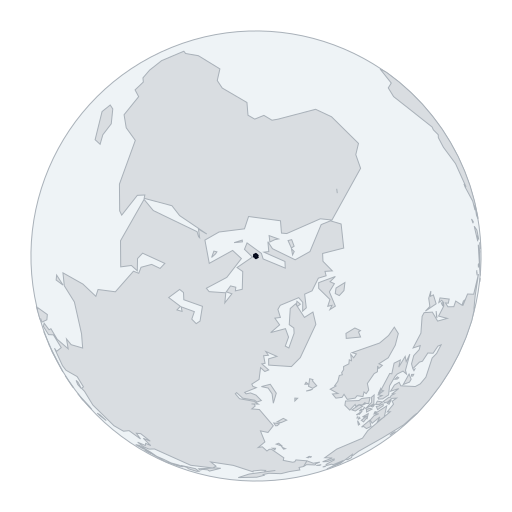 the Earth from above Dytiki Makedonia, rotated 158°
{"feature_id": "GRC-2892", "entity_name": "Dytiki Makedonia", "entity_type": "Region", "adm_level": 1, "iso_a3": "GRC", "parent_name": "Greece", "parent_adm1": "", "projection": "orthographic", "projection_center": [21.4, 40.362], "detail": "fine", "context": "on_globe", "style": "filled", "palette": "ink", "viewbox_px": 512, "rotation_deg": 158, "n_neighbors": 0, "source": "natural_earth", "source_scale": "10m", "svg_char_len": 11264}
<svg xmlns="http://www.w3.org/2000/svg" viewBox="0 0 512 512"><g transform="rotate(158 256 256)"><circle cx="256" cy="256" r="225" fill="#eef3f6" stroke="#a8b0b8"/><path d="M165.6,49.6L172.2,47.3L165.8,49.9L169.6,48.8L177.9,45.7L182.4,44.1L206.6,40.1L234.2,36.5L242.2,34.4L241.0,36.0L255.6,32.1L270.1,32.0L254.2,32.9L252.8,33.7L262.9,33.6L263.7,34.6L269.0,35.3L269.1,36.5L259.8,37.6L259.6,38.6L266.8,38.6L271.3,40.3L260.9,40.1L267.8,43.2L253.5,46.7L225.5,47.2L217.8,52.2L189.9,61.3L192.8,62.3L184.0,67.1L184.1,70.3L178.9,71.6L183.4,73.1L188.2,71.4L191.8,71.6L192.2,73.5L185.7,75.2L184.5,74.6L182.8,76.1L179.3,76.3L181.3,77.3L173.3,79.6L181.9,80.2L176.0,84.5L170.6,85.3L170.4,81.4L157.2,75.3L151.6,75.9L143.9,80.0L130.9,95.4L125.0,98.0L117.6,104.3L121.1,104.3L128.2,99.5L133.0,101.7L141.1,96.1L144.2,96.4L152.8,92.8L152.2,97.7L147.0,104.6L139.8,108.0L137.3,111.4L144.8,111.9L132.0,122.7L124.6,137.8L121.3,140.5L113.5,137.9L112.0,127.6L102.0,126.5L109.2,131.9L100.6,139.3L99.5,142.7L100.4,145.3L103.9,144.4L101.1,148.2L93.0,143.7L95.4,140.2L97.9,141.5L97.1,137.0L91.6,134.9L87.7,139.4L83.4,133.2L80.6,136.5L78.1,137.3L82.9,132.4L74.1,141.5L68.5,139.0L56.5,155.9L67.5,137.4L71.0,130.7L74.1,124.6L72.1,127.1L79.0,116.9L79.9,115.5L91.8,101.8L104.8,89.0L118.7,77.4L133.6,66.9L149.3,57.6L165.6,49.6ZM58.2,148.2L57.2,150.0L56.4,151.5L58.2,148.2ZM35.7,209.1L36.3,207.3L36.3,211.2L33.9,221.2L35.8,216.5L34.5,225.6L36.2,240.9L35.4,241.9L36.4,266.9L41.5,286.6L42.6,297.4L41.6,300.2L44.3,306.6L44.4,309.6L58.5,334.4L68.7,352.2L70.4,362.3L65.8,365.7L70.9,382.9L66.2,377.4L58.1,363.7L51.0,349.4L44.9,334.7L39.9,319.5L35.9,304.1L33.1,288.4L31.3,272.5L30.7,256.6L31.2,240.7L32.9,224.8L35.7,209.1ZM53.3,160.7L45.7,183.2L46.8,175.9L47.2,176.0L49.8,169.0L53.6,159.2L55.4,153.8L53.3,160.7ZM57.1,158.3L58.2,155.2L57.6,157.6L57.1,158.3ZM184.2,43.3L177.9,45.6L170.2,48.3L175.3,46.2L184.2,43.3ZM199.1,39.6L196.4,40.6L192.4,41.0L195.2,40.3L199.1,39.6ZM247.7,33.0L242.4,33.4L247.3,32.8L247.7,33.0ZM269.7,35.2L271.0,34.9L273.2,35.4L269.7,35.2ZM152.5,90.5L152.6,91.6L151.0,91.7L152.5,90.5ZM156.1,87.9L154.1,87.2L155.6,85.9L156.8,86.4L156.1,87.9ZM275.4,38.0L278.6,39.2L273.7,38.1L275.4,38.0ZM158.3,89.2L158.3,83.7L160.9,81.6L167.6,81.7L158.3,89.2ZM279.4,40.1L287.3,43.6L290.8,43.0L285.5,47.0L280.5,42.4L274.0,41.0L278.5,41.0L279.4,40.1ZM189.5,70.1L184.4,72.0L188.2,68.7L189.5,70.1ZM191.0,68.0L197.4,58.7L205.1,57.2L201.4,60.4L211.0,57.4L211.5,61.1L206.4,63.7L201.3,63.8L205.4,65.2L191.0,68.0ZM281.3,49.0L281.9,50.1L279.5,49.1L281.3,49.0ZM193.5,71.4L194.1,69.5L200.8,68.0L200.8,71.5L198.6,70.9L193.5,71.4ZM213.2,54.9L218.2,54.6L220.0,57.5L222.2,57.9L212.2,61.1L213.2,54.9ZM197.3,72.2L200.6,73.5L197.9,76.0L193.3,73.2L197.3,72.2ZM202.5,66.2L205.7,65.7L203.9,67.1L202.5,66.2ZM190.1,86.3L190.7,83.7L194.2,82.6L190.1,86.3ZM202.0,73.8L202.9,72.9L204.4,72.3L205.9,73.7L202.0,73.8ZM214.2,63.1L213.9,64.5L218.4,61.9L219.9,64.2L213.0,66.1L216.7,66.3L217.1,67.0L211.0,67.8L214.2,63.1ZM211.9,73.3L203.6,77.0L201.7,81.8L198.5,82.9L202.1,74.9L211.9,73.3ZM211.9,69.9L211.1,72.2L207.5,72.2L205.8,70.6L211.9,69.9ZM223.5,65.3L222.9,61.2L224.4,60.9L223.5,65.3ZM212.0,74.7L214.0,73.8L212.3,75.1L212.0,74.7ZM220.8,68.1L220.3,66.6L222.1,66.4L220.8,68.1ZM218.4,73.5L215.7,74.6L214.4,73.4L218.4,73.5ZM220.0,71.0L222.6,71.1L215.6,72.4L219.6,70.4L220.0,71.0ZM222.5,68.1L223.4,67.5L222.4,68.8L222.5,68.1ZM224.7,77.4L216.2,79.3L213.4,76.7L222.0,75.1L224.7,77.4ZM133.8,356.8L118.8,322.0L125.5,312.6L126.2,298.1L172.1,260.9L182.4,266.4L219.1,265.3L223.8,267.7L220.1,279.5L248.1,295.4L256.5,285.5L281.3,292.1L297.4,289.9L302.1,266.7L275.6,269.9L270.5,259.1L291.1,247.1L314.1,244.7L312.8,240.5L297.8,233.2L302.5,224.2L292.5,230.0L297.0,233.9L290.8,237.8L286.4,234.6L288.2,231.4L281.2,230.3L274.1,246.6L277.9,252.4L259.7,256.4L264.2,266.5L259.4,271.5L250.0,256.4L250.5,250.6L233.4,233.8L231.2,240.1L247.2,256.6L242.5,255.3L239.6,264.8L238.0,256.6L221.1,237.8L204.3,239.9L183.8,260.7L173.8,260.7L165.1,253.8L171.7,230.5L193.3,233.4L195.9,226.0L190.8,213.6L197.8,215.9L198.4,211.4L206.5,212.1L217.1,202.7L225.2,202.4L228.8,189.1L233.4,187.4L230.0,195.5L232.0,201.4L252.0,201.2L255.7,198.3L256.4,189.9L261.8,191.3L259.9,183.3L271.1,179.5L255.9,177.6L256.2,168.6L262.6,161.5L260.0,158.4L249.6,170.1L247.9,175.1L250.9,179.9L243.9,194.5L237.2,196.8L234.1,180.9L224.2,182.7L226.1,170.2L253.0,145.2L264.6,140.2L285.1,150.1L282.8,155.9L274.2,155.1L282.7,163.8L281.7,159.3L286.3,160.7L287.8,153.1L291.0,153.8L286.9,145.6L291.1,145.6L293.6,150.8L299.4,140.4L307.9,138.8L307.7,136.2L305.0,133.8L317.6,133.8L316.8,131.9L312.4,131.1L308.1,127.0L305.2,120.0L309.8,120.3L311.4,122.9L321.6,129.2L325.2,136.6L326.8,136.0L324.7,129.8L312.3,122.0L309.3,117.8L315.6,120.6L313.1,119.2L313.0,117.2L317.2,115.8L310.4,112.4L303.6,92.1L311.0,87.9L317.4,92.2L317.4,80.3L325.7,77.6L321.6,76.7L318.9,71.1L316.2,71.8L314.1,71.1L305.8,58.5L307.3,56.3L299.2,51.0L297.1,50.7L295.4,52.0L285.5,47.0L290.8,43.0L295.3,43.8L295.5,41.2L305.8,43.6L314.3,44.8L325.4,49.7L331.2,50.7L330.6,49.6L338.1,50.6L355.5,57.2L344.0,56.4L318.4,49.9L329.1,52.6L327.4,53.6L331.7,55.6L339.2,57.8L339.6,57.0L355.5,70.4L375.1,82.0L371.8,76.1L375.5,75.7L394.9,86.4L422.4,115.1L427.5,117.0L431.6,121.1L435.5,127.7L429.6,121.8L428.5,123.6L424.6,119.6L428.8,129.2L423.4,123.9L429.4,134.4L433.3,136.5L431.6,129.6L439.1,141.6L444.5,143.2L451.3,151.9L463.1,179.0L465.7,194.8L467.2,198.6L465.0,199.3L467.0,211.2L475.0,221.3L476.5,226.8L477.4,246.0L476.6,242.3L470.9,244.0L473.4,258.8L477.8,260.8L479.5,270.3L477.6,273.1L475.5,265.1L473.4,265.4L471.5,253.2L464.9,240.3L462.8,250.1L460.6,243.0L451.2,235.6L446.9,249.2L441.6,281.4L444.9,300.2L441.3,312.7L427.0,294.8L419.6,278.6L415.0,284.1L399.8,275.5L375.3,287.8L371.2,283.9L366.8,288.6L355.9,287.3L349.6,280.4L343.3,283.3L360.1,301.1L366.8,298.0L371.6,286.8L375.1,293.9L385.5,296.6L375.9,320.9L338.6,350.4L334.2,336.6L301.5,300.6L302.0,295.5L301.8,294.9L301.4,294.0L299.3,302.5L293.4,294.8L311.7,322.1L315.1,334.1L338.1,351.4L336.2,354.2L343.3,356.7L365.2,344.2L365.5,348.9L355.7,373.8L324.6,408.4L328.3,423.5L325.4,436.4L305.1,447.7L305.9,455.3L295.3,459.5L294.1,463.5L285.0,468.2L270.3,472.5L246.2,472.9L245.4,470.1L234.4,463.3L219.4,443.0L226.2,433.2L224.4,424.4L206.9,401.7L210.7,389.5L205.9,383.4L196.0,383.4L190.3,375.9L184.2,374.6L145.8,369.7L133.8,356.8ZM157.1,283.8L156.0,288.1L157.1,283.8ZM339.3,253.6L352.5,250.2L345.0,237.7L349.5,235.6L345.3,232.3L344.4,236.9L334.0,227.5L339.2,221.5L336.8,215.7L332.3,216.6L324.5,229.4L339.3,242.5L336.9,249.3L339.3,253.6ZM36.3,241.2L36.2,245.0L35.7,242.6L36.3,241.2ZM45.3,178.5L44.5,181.8L43.5,184.9L43.8,183.0L45.3,178.5ZM42.5,205.1L42.3,209.6L41.7,206.5L42.5,205.1ZM44.9,186.6L42.5,201.9L41.5,197.3L43.3,187.8L43.0,192.1L44.9,186.6ZM54.1,162.0L53.2,164.6L52.4,165.7L54.1,162.0ZM56.7,160.1L56.8,159.5L57.9,157.2L56.7,160.1ZM101.1,139.5L101.6,140.0L101.8,143.1L100.2,142.7L101.1,139.5ZM111.7,152.1L107.0,158.0L109.3,153.3L106.1,153.5L106.9,144.2L119.6,141.4L113.7,144.1L111.7,152.1ZM111.5,131.8L109.6,137.5L111.2,131.4L111.5,131.8ZM193.6,188.1L196.6,191.5L193.8,196.3L183.5,198.1L187.4,191.0L193.6,188.1ZM201.4,195.3L201.2,179.8L207.6,178.6L204.0,181.8L208.3,182.5L203.7,188.0L210.0,202.5L207.9,207.8L190.1,207.3L197.0,204.4L193.7,201.0L201.4,195.3ZM189.4,147.2L189.4,141.7L203.2,145.8L201.6,150.5L191.3,152.2L187.1,147.7L189.4,147.2ZM170.2,91.0L169.3,89.6L171.1,89.0L173.3,89.7L170.2,91.0ZM190.1,85.1L176.0,97.0L174.2,95.9L168.1,104.9L161.1,105.5L165.3,99.5L155.3,107.0L156.3,101.8L150.1,107.4L160.2,94.1L160.7,90.1L162.8,94.2L169.2,93.7L172.1,92.3L180.8,85.6L185.1,77.5L192.1,76.1L195.9,77.4L196.0,79.1L191.4,79.3L194.8,81.5L188.2,83.2L190.1,85.1ZM236.8,99.4L231.5,97.8L237.1,104.7L230.6,105.5L231.6,106.3L227.1,109.1L223.5,114.0L220.4,113.6L220.3,115.7L217.3,117.8L216.2,120.7L210.3,121.2L208.4,124.8L206.7,123.1L205.0,129.3L203.6,125.0L199.6,127.6L203.1,130.4L174.0,129.0L162.9,132.6L154.4,138.2L153.1,130.8L160.3,121.1L171.5,112.1L182.4,110.0L179.8,107.3L184.3,105.7L184.4,108.5L186.8,103.2L190.5,102.7L200.5,96.1L201.7,89.5L205.4,87.1L206.8,89.5L209.5,85.6L214.6,88.6L217.3,87.1L225.1,88.9L226.2,94.8L229.2,92.7L235.2,94.3L236.8,99.4ZM226.8,78.0L229.5,84.3L227.3,88.0L214.7,83.4L211.5,84.3L203.3,82.1L206.8,76.9L208.8,78.0L211.5,77.9L209.4,79.5L213.2,78.1L216.1,79.6L219.8,79.1L219.7,81.2L226.8,78.0ZM228.8,263.4L232.4,264.1L237.9,263.8L236.2,270.0L228.8,263.4ZM217.0,250.8L220.2,250.2L220.5,258.3L216.8,257.8L217.0,250.8ZM221.7,243.3L220.4,249.5L218.9,245.8L221.7,243.3ZM232.9,194.7L236.3,193.8L236.7,195.8L235.0,198.7L232.9,194.7ZM252.2,122.1L249.5,120.1L250.4,119.0L248.3,112.9L253.0,112.1L256.1,115.5L252.2,122.1ZM297.7,271.3L293.2,276.3L290.7,274.5L292.8,273.1L297.7,271.3ZM263.3,274.2L271.3,276.6L262.8,275.9L263.3,274.2ZM256.9,120.2L255.5,117.6L258.7,118.8L256.9,120.2ZM256.3,111.2L260.1,112.0L253.3,111.3L256.3,111.2ZM361.6,424.1L344.6,447.6L334.6,450.6L333.7,446.0L340.7,432.8L352.6,425.8L358.7,418.0L361.6,424.1ZM478.5,291.5L478.4,291.7L479.1,287.2L479.2,286.6L478.5,291.5ZM479.0,287.6L477.6,289.7L471.4,279.9L473.8,275.2L479.3,274.9L479.1,278.3L480.0,278.6L479.0,287.6ZM481.1,265.6L481.1,261.0L481.0,254.4L481.2,251.0L478.5,220.8L480.9,243.1L481.1,265.6ZM445.8,301.3L450.3,308.6L448.0,313.0L445.8,301.3ZM475.2,203.9L477.8,216.5L474.6,202.0L475.2,203.9ZM471.9,192.0L472.9,195.3L472.4,194.0L471.9,192.0ZM469.4,203.6L469.4,208.1L468.3,205.7L467.6,198.5L469.4,203.6ZM456.5,159.5L460.7,166.7L462.1,169.8L460.1,167.2L456.5,159.5ZM295.1,113.0L292.7,122.2L294.2,129.0L299.9,132.9L290.8,131.7L288.6,121.2L295.1,113.0ZM302.1,94.5L297.1,91.7L299.8,90.7L301.4,91.2L302.1,94.5ZM298.7,94.3L291.5,95.2L289.0,92.3L295.2,92.1L298.7,94.3ZM274.3,107.0L273.2,109.7L270.7,108.5L274.3,107.0ZM471.2,189.2L471.9,192.2L466.8,179.1L465.8,175.6L470.1,186.5L470.5,187.1L471.2,189.2ZM432.2,118.0L429.6,115.5L427.3,112.0L429.8,114.7L432.2,118.0ZM417.4,99.6L425.8,110.3L432.2,119.7L432.6,119.2L438.2,126.2L435.1,124.1L427.1,113.5L423.1,107.4L418.0,102.3L412.2,95.9L406.4,91.5L402.4,87.8L406.5,90.2L417.4,99.6ZM404.0,89.9L391.8,81.5L389.6,77.7L391.8,78.7L398.3,84.0L399.1,85.7L404.0,89.9ZM388.2,78.5L388.9,80.2L372.3,74.4L368.2,72.4L379.7,74.0L380.9,75.8L385.3,78.1L388.2,78.5ZM284.1,50.0L282.1,50.1L283.0,49.3L284.1,50.0ZM312.7,71.6L309.9,70.4L311.1,69.2L312.7,71.6ZM302.8,66.6L303.4,68.8L300.9,66.3L302.8,66.6ZM305.1,73.9L302.7,69.6L307.7,74.0L305.1,73.9Z" fill="#d9dde1" stroke="#a8b0b8" stroke-width="1"/><path d="M254.5,255.6L254.7,255.4L254.8,255.3L254.9,255.2L254.9,254.9L254.9,254.7L254.7,254.5L254.7,254.4L254.7,254.1L255.1,254.1L255.4,254.0L255.5,254.0L255.8,254.0L255.9,253.9L256.0,253.8L256.3,253.9L256.5,254.0L256.6,253.9L256.8,253.9L257.0,253.8L257.2,254.0L256.9,254.2L256.9,254.3L257.0,254.4L257.0,254.5L257.0,254.8L257.3,254.8L257.4,255.0L257.4,255.3L257.5,255.4L257.5,255.6L257.8,255.7L257.8,255.8L258.0,255.8L258.0,256.0L258.3,256.3L258.3,256.5L258.2,256.6L258.1,256.8L257.9,257.1L257.7,257.3L257.7,257.5L257.4,257.7L257.4,257.8L257.5,257.8L257.5,258.0L257.4,258.1L257.1,258.1L256.9,258.1L256.6,258.0L256.2,258.0L255.9,258.2L255.7,258.2L255.4,258.0L255.2,258.1L254.9,257.7L254.9,257.4L254.7,257.3L254.6,257.1L254.7,256.9L254.6,256.7L254.4,256.4L254.4,256.2L254.2,256.2L254.1,255.9L254.1,255.7L254.3,255.7L254.5,255.6L254.5,255.6Z" fill="#0f172a" stroke="#020617" stroke-width="1.5"/></g></svg>